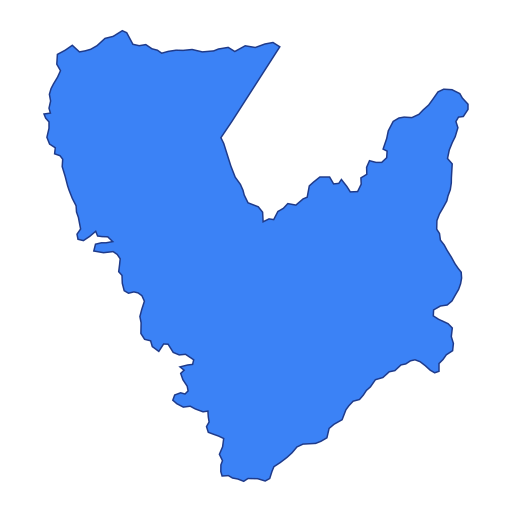 the district of Varjão, Goiás, Brazil
{"feature_id": "56859067B20794706091127", "entity_name": "Varjão", "entity_type": "district", "adm_level": 2, "iso_a3": "BRA", "parent_name": "Brazil", "parent_adm1": "Goiás", "projection": "mercator", "projection_center": [-49.607, -17.086], "detail": "fine", "context": "isolated", "style": "filled", "palette": "blue", "viewbox_px": 512, "rotation_deg": 0, "n_neighbors": 0, "source": "geoboundaries", "source_scale": "gbopen_adm2", "svg_char_len": 3333}
<svg xmlns="http://www.w3.org/2000/svg" viewBox="0 0 512 512"><path d="M452.0,89.7L443.7,89.2L438.0,91.9L432.9,99.2L428.7,105.0L423.2,109.9L419.0,114.3L411.9,117.6L404.1,117.1L398.9,118.0L393.2,121.4L388.3,130.8L386.7,138.5L383.1,149.1L387.1,151.1L386.7,157.7L381.7,162.4L376.0,162.4L369.5,160.7L366.6,167.3L366.8,174.3L360.9,177.9L361.2,184.2L357.6,191.6L350.3,191.9L346.8,186.4L341.4,179.5L338.8,183.4L333.6,183.9L329.6,177.0L319.9,177.0L313.5,182.1L309.3,185.9L307.2,197.2L303.1,198.9L295.9,205.1L287.8,203.6L283.4,208.3L277.9,211.5L273.7,219.6L269.0,218.9L263.1,221.8L262.6,212.2L258.3,206.8L248.0,202.8L244.2,195.0L243.0,190.3L240.4,184.4L235.2,177.2L230.8,165.9L223.7,143.4L220.9,137.7L231.7,121.7L279.8,46.8L273.0,42.5L264.9,44.0L255.3,47.5L245.2,45.8L234.8,51.5L228.2,47.4L218.5,49.0L213.7,50.9L202.4,51.9L192.1,49.5L183.1,50.4L176.1,50.2L168.2,51.4L161.7,53.2L157.4,50.2L152.0,48.8L145.8,44.6L139.2,45.7L132.9,44.3L126.7,32.7L122.3,30.7L113.1,36.4L105.0,38.4L97.0,45.7L90.7,49.3L85.0,50.9L79.4,51.9L72.3,45.3L65.2,50.2L57.4,54.4L56.8,64.2L60.5,70.7L57.6,77.1L53.5,83.9L51.1,88.5L49.4,94.3L50.6,101.0L49.0,108.2L50.4,113.1L44.0,114.0L45.7,118.2L49.0,121.9L49.0,128.3L46.9,137.3L49.6,144.1L55.3,147.8L54.6,153.8L60.0,155.7L62.7,159.2L62.2,166.6L65.2,176.5L67.6,185.8L69.0,190.0L72.3,198.4L76.1,205.8L76.5,212.0L78.4,217.4L80.6,229.0L77.0,234.2L78.0,239.3L83.4,240.6L89.7,236.4L95.7,231.3L97.6,236.0L102.0,236.6L107.7,236.8L112.7,241.6L106.0,242.8L101.3,242.8L95.5,244.2L93.8,251.0L103.5,252.7L113.1,251.6L117.2,254.4L120.2,258.8L119.6,264.5L118.7,271.7L122.0,275.4L122.3,283.3L124.2,290.7L128.5,293.2L133.9,291.9L138.1,292.9L141.9,295.7L144.4,301.2L141.7,309.6L139.9,316.5L141.1,322.8L140.9,333.5L144.6,339.3L150.6,340.8L152.3,346.6L158.8,351.4L163.6,344.0L168.1,344.2L173.2,352.4L179.2,354.9L185.5,354.3L193.7,359.8L192.6,364.4L187.6,365.0L180.0,366.9L184.1,370.2L180.7,373.4L182.9,379.7L187.2,386.2L188.1,390.9L185.0,394.0L180.6,392.8L174.7,395.0L172.8,400.2L176.8,403.7L183.3,407.1L190.2,406.2L195.2,408.9L203.0,411.8L207.9,411.1L208.3,417.0L209.1,422.0L206.5,426.6L208.3,432.3L212.8,434.0L218.7,436.1L223.7,438.5L222.6,446.8L219.4,454.3L222.5,460.7L220.9,464.9L220.8,471.6L222.1,476.0L228.4,475.6L232.5,478.0L237.8,479.0L243.7,481.3L248.0,478.5L257.7,478.7L265.2,481.0L269.7,478.5L272.0,471.3L273.9,466.7L280.3,462.5L287.1,457.3L292.0,452.8L297.0,446.9L303.0,444.1L315.6,443.4L320.9,441.3L326.9,437.8L329.1,428.4L334.1,424.2L342.1,419.7L345.9,409.8L348.9,405.7L353.1,401.2L359.5,399.5L363.3,395.1L366.4,390.4L370.4,386.9L375.4,379.7L382.9,377.5L389.2,371.8L394.9,370.6L401.0,364.9L405.8,363.9L410.5,360.8L415.0,359.8L420.1,361.7L425.3,365.7L430.2,370.2L434.7,372.8L439.0,371.3L439.0,363.5L443.0,359.5L446.3,354.8L452.6,350.7L453.4,343.5L451.3,336.6L452.3,328.0L448.1,323.7L438.6,319.3L433.3,315.9L433.6,309.9L440.4,306.0L447.2,305.0L452.0,300.9L454.8,295.9L458.6,289.4L460.6,283.7L461.6,278.1L461.2,272.2L458.1,268.3L455.0,263.8L451.5,257.4L447.0,250.2L444.2,245.0L440.4,240.1L439.5,233.5L436.7,229.2L436.9,220.6L439.4,214.0L443.0,207.8L446.8,200.9L448.0,195.9L450.3,189.7L451.3,182.9L451.4,177.7L452.2,163.9L447.5,158.5L449.3,149.9L452.3,142.5L455.2,136.7L457.9,127.7L455.9,121.5L458.5,117.1L463.3,116.5L468.0,109.4L468.0,104.2L462.3,98.0L459.8,93.6L452.0,89.7Z" fill="#3b82f6" stroke="#1e3a8a" stroke-width="1.5"/></svg>